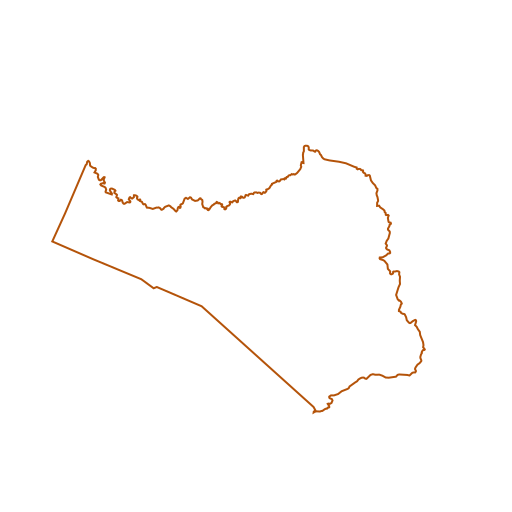 outline of Gondola, Manica, Mozambique, rotated 113°
{"feature_id": "85939544B20117006553770", "entity_name": "Gondola", "entity_type": "district", "adm_level": 2, "iso_a3": "MOZ", "parent_name": "Mozambique", "parent_adm1": "Manica", "projection": "orthographic", "projection_center": [33.733, -19.19], "detail": "fine", "context": "isolated", "style": "outline", "palette": "amber", "viewbox_px": 512, "rotation_deg": 113, "n_neighbors": 0, "source": "geoboundaries", "source_scale": "gbopen_adm2", "svg_char_len": 6103}
<svg xmlns="http://www.w3.org/2000/svg" viewBox="0 0 512 512"><g transform="rotate(113 256 256)"><path d="M291.3,448.4L322.2,449.2L322.6,404.4L322.2,352.5L325.7,337.6L323.3,335.2L323.5,286.4L372.5,144.0L374.8,141.1L376.8,142.0L377.5,141.8L376.5,141.1L375.3,139.5L374.2,136.4L373.0,135.1L372.7,134.4L370.1,132.8L369.1,131.8L368.9,131.1L367.5,130.7L367.2,129.9L366.6,129.5L365.5,130.0L364.1,132.2L363.6,131.8L363.1,130.1L361.8,129.1L359.1,129.1L358.1,130.2L358.1,132.7L357.2,133.6L356.7,133.6L355.0,132.5L353.8,129.7L351.0,126.5L347.0,124.3L342.5,119.7L341.4,119.0L339.5,118.9L333.6,115.3L331.8,114.0L329.7,113.5L327.7,112.1L326.6,111.0L325.8,109.3L326.2,107.5L325.9,106.3L320.7,104.1L319.1,102.2L318.7,99.8L317.0,96.0L316.8,92.9L317.2,89.2L316.2,86.3L312.4,80.0L310.1,79.2L309.1,77.9L306.4,70.3L306.0,68.0L302.5,66.5L301.8,65.7L300.9,63.9L299.4,63.8L297.9,65.5L296.3,65.6L292.9,64.9L290.8,63.6L288.3,62.8L287.5,63.0L285.7,64.8L284.7,65.3L282.2,65.6L280.4,65.4L280.1,65.8L279.0,65.9L277.2,65.4L276.7,64.3L276.2,64.1L275.7,64.6L274.7,66.5L272.6,67.0L270.0,68.6L264.6,74.0L261.8,75.6L260.1,78.4L258.4,80.4L257.5,82.6L253.7,83.0L252.8,83.5L252.5,84.2L252.8,84.7L254.8,86.3L257.3,87.6L257.7,88.3L257.6,89.2L256.2,92.1L253.7,93.9L251.6,96.3L251.5,97.0L251.9,98.6L251.6,100.4L250.8,101.2L250.9,102.9L249.7,103.4L246.3,103.3L244.0,103.7L242.9,103.2L242.5,103.5L241.4,104.8L240.8,106.6L241.2,106.9L240.5,108.6L237.1,111.8L229.1,112.6L225.5,112.5L222.6,114.0L218.9,115.3L217.0,117.1L214.9,117.7L214.5,118.6L214.8,120.4L216.0,122.0L216.6,123.4L217.2,123.6L218.2,123.1L218.9,123.2L219.9,124.1L220.1,125.0L219.4,126.0L218.2,126.2L217.6,126.7L216.3,129.6L212.5,131.7L210.3,135.9L210.1,137.5L210.4,140.6L209.9,141.3L209.0,141.5L207.7,138.9L204.5,136.4L202.1,135.4L201.4,134.0L200.8,133.7L199.9,134.1L198.8,135.3L198.6,136.0L198.8,137.6L198.2,139.1L197.6,139.5L195.4,139.4L194.8,139.9L193.9,141.5L191.0,141.6L188.2,141.0L182.5,141.8L181.2,142.5L180.2,144.8L179.2,145.2L176.6,144.9L175.1,145.2L174.1,144.5L173.3,144.5L172.7,145.1L173.0,146.3L172.9,147.1L172.1,147.8L169.4,149.5L166.9,149.7L166.6,150.5L167.5,152.2L167.3,152.7L165.7,153.5L165.3,154.7L164.0,155.5L163.4,157.1L162.7,160.7L161.6,162.3L162.6,164.1L159.6,165.3L157.7,165.1L157.0,165.4L154.3,167.2L152.9,168.6L151.1,169.7L148.2,169.8L146.7,170.5L146.4,171.8L144.4,174.0L143.2,177.0L141.5,179.7L137.6,182.6L137.3,183.2L137.5,183.9L138.2,185.0L139.0,185.3L139.3,186.5L138.3,186.9L137.4,187.8L137.3,189.5L136.8,190.4L136.0,190.5L135.4,191.0L135.9,192.7L135.3,193.6L135.2,194.3L135.8,195.6L136.5,196.3L136.3,197.4L135.2,197.9L135.5,200.4L135.5,209.4L136.8,216.4L139.3,225.7L140.2,230.8L140.0,232.1L139.2,233.9L137.7,235.6L137.3,236.8L135.6,238.5L135.0,239.9L134.9,241.1L135.1,241.7L135.7,242.2L136.8,242.2L137.0,242.7L136.6,244.7L137.5,246.9L137.6,248.4L137.3,249.1L135.6,249.8L134.7,250.6L134.5,251.6L135.0,253.3L135.8,254.3L137.1,254.5L140.8,252.9L142.9,252.9L143.6,252.5L144.5,252.4L151.9,248.6L152.0,249.0L151.3,250.0L151.8,250.7L155.0,250.2L156.2,249.2L158.8,249.2L163.5,250.6L165.6,251.8L165.9,252.1L165.8,253.2L166.6,253.9L166.6,255.1L168.3,256.0L168.6,256.9L169.4,257.5L170.8,257.7L171.3,258.6L172.2,258.9L172.6,258.6L173.0,258.6L173.3,259.0L173.1,259.7L173.3,260.0L174.4,259.9L174.4,260.7L175.8,263.0L177.4,263.3L178.3,263.8L178.6,264.7L178.3,266.0L178.7,266.4L179.8,266.2L183.3,269.5L184.0,269.2L185.2,269.8L188.3,270.2L190.1,271.4L190.7,272.4L191.1,272.5L191.9,271.9L192.5,271.8L194.2,272.4L194.5,272.9L194.2,273.9L194.6,274.3L196.5,274.7L196.9,275.1L196.9,275.6L196.2,276.8L196.3,277.4L196.7,278.6L197.4,279.3L197.3,280.5L198.1,282.2L198.7,282.6L200.1,282.7L200.5,284.7L201.8,286.5L203.5,286.8L203.7,289.1L204.2,289.4L205.6,289.2L206.6,289.4L207.2,290.0L207.4,290.8L206.9,291.8L207.0,293.1L207.5,293.3L208.4,292.7L209.0,293.0L209.1,293.6L208.8,293.8L209.0,294.3L209.5,294.6L210.7,294.6L213.2,293.8L213.8,294.2L214.0,294.8L213.2,295.9L213.0,296.9L214.4,298.4L215.9,298.8L216.0,300.8L216.4,301.4L216.8,301.4L218.0,300.2L218.8,300.2L220.0,300.6L221.5,302.2L222.5,302.6L223.1,302.1L224.4,302.1L225.2,302.7L225.2,303.4L224.2,303.9L223.6,304.7L224.0,306.4L223.7,307.1L223.5,307.3L222.2,307.0L221.6,307.6L222.0,309.0L221.4,310.2L222.3,311.3L221.6,312.4L221.6,313.3L222.3,313.5L222.9,313.3L224.3,314.8L225.0,314.9L226.6,316.1L228.8,316.8L231.5,317.2L232.4,317.7L232.5,318.3L232.2,318.8L231.3,319.0L231.3,319.3L231.8,320.2L231.5,320.9L232.1,321.8L231.7,322.6L231.7,323.6L229.2,325.8L227.0,326.4L225.8,327.1L225.4,327.4L225.1,329.0L224.6,329.5L224.7,330.0L225.5,330.5L226.8,330.9L227.7,331.4L229.1,333.6L228.9,337.0L227.7,338.6L227.7,339.7L230.1,341.0L229.8,343.2L231.1,344.1L236.1,343.9L236.7,344.2L237.9,345.4L238.6,345.6L240.0,344.6L241.1,344.5L241.5,344.8L240.8,346.0L241.1,346.5L242.4,346.7L244.6,346.2L246.2,346.8L246.2,347.4L244.8,350.4L244.2,353.3L243.7,354.1L243.5,356.0L246.2,358.8L247.4,359.4L248.7,359.6L250.3,360.8L250.3,361.6L249.5,362.8L249.3,364.6L249.8,365.2L250.3,366.5L253.0,369.4L253.3,372.8L254.1,375.4L251.9,377.7L251.6,378.6L252.4,379.7L252.2,380.4L250.7,382.2L250.7,384.3L249.5,384.5L249.3,384.9L250.3,385.8L250.2,387.1L249.5,388.0L249.0,388.3L247.9,388.2L247.5,388.6L247.2,390.0L247.4,391.3L247.8,392.1L249.6,391.4L251.5,392.4L251.6,393.2L251.0,394.9L251.6,395.3L253.5,395.3L254.8,393.0L255.7,392.8L256.1,393.2L256.7,395.7L259.3,397.4L259.6,398.3L258.9,399.6L257.2,401.0L256.9,401.7L257.1,402.6L258.6,402.9L259.0,403.7L258.8,404.6L256.7,405.2L256.7,407.0L256.4,407.6L254.6,407.7L253.9,408.0L253.2,411.1L251.9,411.4L250.9,410.9L250.3,411.8L250.2,415.0L250.7,416.0L251.6,416.5L252.8,416.1L254.6,413.4L255.0,412.9L255.7,412.8L256.1,419.2L255.4,419.7L253.5,419.8L252.0,421.1L251.6,422.2L251.6,426.1L251.0,427.2L250.2,427.1L248.6,425.2L248.7,424.1L248.4,423.7L247.5,423.7L245.7,426.0L242.7,426.1L242.7,426.7L243.1,427.0L246.8,428.4L247.3,429.1L247.2,430.4L245.0,432.5L243.1,432.8L242.6,433.3L242.2,434.5L242.2,437.3L239.7,437.0L238.2,437.6L237.9,438.5L238.3,439.3L238.4,440.9L237.8,443.7L237.5,444.1L235.4,445.2L234.2,446.6L234.0,447.6L235.2,448.2L237.8,447.7L238.8,448.3L291.3,448.4Z" fill="none" stroke="#b45309" stroke-width="2"/></g></svg>